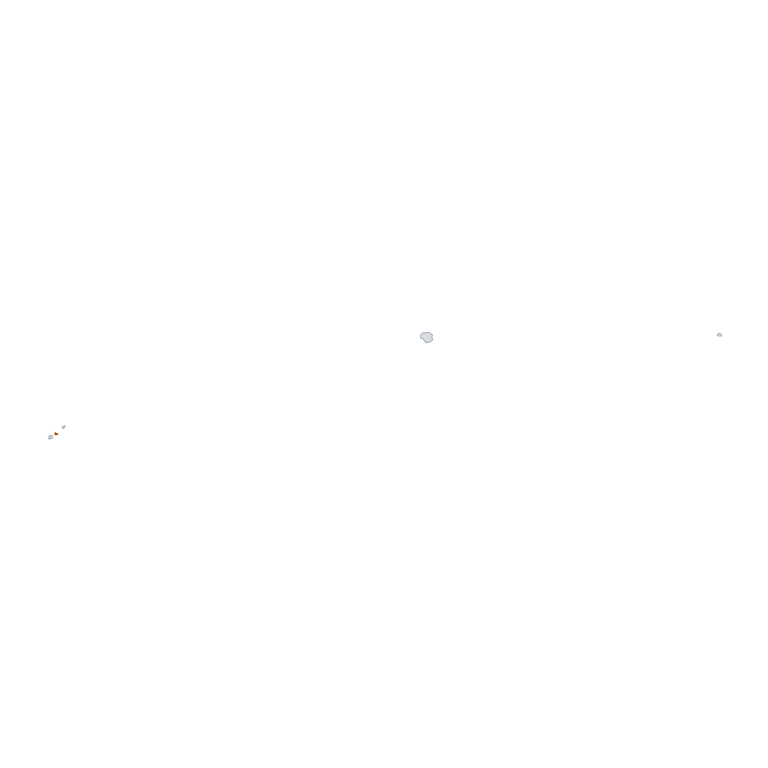 Udot, Federated States of Micronesia (highlighted), rotated 341°
{"feature_id": "79324940B84620093973822", "entity_name": "Udot", "entity_type": "district", "adm_level": 2, "iso_a3": "FSM", "parent_name": "Federated States of Micronesia", "parent_adm1": "", "projection": "mercator", "projection_center": [151.721, 7.382], "detail": "fine", "context": "in_parent", "style": "filled", "palette": "amber", "viewbox_px": 768, "rotation_deg": 341, "n_neighbors": 0, "source": "geoboundaries", "source_scale": "gbopen_adm2", "svg_char_len": 1133}
<svg xmlns="http://www.w3.org/2000/svg" viewBox="0 0 768 768"><g transform="rotate(341 384 384)"><path d="M444.6,358.0L441.2,359.3L436.9,358.7L435.6,353.9L433.6,352.6L434.1,350.2L437.1,348.3L443.4,349.9L445.8,353.3L444.3,355.6L444.6,358.0ZM53.4,326.5L53.0,327.3L49.4,327.0L48.9,326.5L49.2,326.2L50.9,325.9L51.1,324.8L50.2,324.6L51.0,324.0L52.4,323.9L53.2,324.6L53.6,325.5L53.4,326.5ZM718.5,445.8L719.1,448.6L715.4,447.3L714.9,446.2L717.1,445.2L718.5,445.8ZM67.2,321.4L66.1,321.7L65.7,321.4L65.9,319.9L66.2,319.4L67.2,319.4L68.9,319.8L69.0,320.1L67.2,321.4Z" fill="#d9dde1" stroke="#a8b0b8" stroke-width="1"/><path d="M57.4,324.6L57.4,324.8L57.5,324.8L57.6,325.0L57.8,325.0L58.0,325.0L58.3,325.1L58.5,324.9L58.7,325.0L58.8,325.0L58.8,324.9L58.7,324.8L58.7,324.7L58.7,324.8L58.6,324.7L58.4,324.5L58.2,324.6L57.9,324.6L57.8,324.4L57.7,324.3L57.6,324.2L57.4,324.1L57.3,323.9L57.2,323.8L57.2,323.7L57.1,323.8L56.9,323.9L56.8,324.0L56.8,324.3L56.8,324.5L56.7,324.7L56.6,324.8L56.7,325.0L56.7,324.9L56.8,324.9L56.9,324.7L57.0,324.7L57.3,324.7L57.2,324.7L57.3,324.7L57.4,324.6Z" fill="#f59e0b" stroke="#b45309" stroke-width="1.5"/></g></svg>